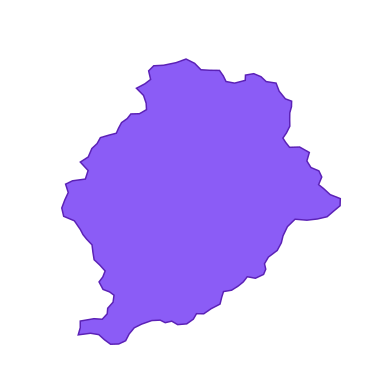 Simão Pereira, Minas Gerais, Brazil (Equal Earth projection), rotated 77°
{"feature_id": "56859067B55911598302165", "entity_name": "Simão Pereira", "entity_type": "district", "adm_level": 2, "iso_a3": "BRA", "parent_name": "Brazil", "parent_adm1": "Minas Gerais", "projection": "equal_earth", "projection_center": [-43.289, -21.963], "detail": "fine", "context": "isolated", "style": "filled", "palette": "violet", "viewbox_px": 384, "rotation_deg": 77, "n_neighbors": 0, "source": "geoboundaries", "source_scale": "gbopen_adm2", "svg_char_len": 1667}
<svg xmlns="http://www.w3.org/2000/svg" viewBox="0 0 384 384"><g transform="rotate(77 192 192)"><path d="M137.7,294.1L147.7,288.4L155.4,293.0L154.2,305.9L155.9,313.4L164.7,312.7L171.1,317.7L178.3,322.5L186.8,322.5L193.6,313.1L203.5,309.2L209.0,307.8L214.2,305.3L221.0,301.3L228.5,302.1L236.0,302.6L242.4,298.3L249.4,294.4L254.7,298.0L258.7,302.8L266.9,300.6L270.8,294.8L275.0,291.2L281.6,293.7L286.3,300.3L291.6,302.0L295.8,308.1L293.4,316.0L292.6,329.9L299.1,331.4L305.6,335.0L306.8,322.7L310.0,314.9L316.2,310.6L322.0,305.6L323.6,297.6L322.0,290.1L316.2,285.2L311.3,278.8L309.4,270.8L308.2,260.1L309.7,251.8L313.3,247.5L313.3,240.8L318.0,235.8L319.3,226.8L316.2,219.3L311.6,215.0L313.3,207.9L310.0,199.6L307.5,189.9L301.0,186.6L296.1,183.7L296.6,175.5L294.0,168.1L291.1,162.2L287.0,157.2L290.3,149.6L288.4,140.8L283.8,137.5L278.2,137.5L272.6,132.2L268.1,122.1L261.6,116.4L255.2,113.2L247.2,106.8L241.7,97.7L245.3,86.4L246.5,75.9L246.5,65.9L242.7,58.7L238.7,50.8L231.8,49.0L225.6,58.0L218.7,62.7L213.3,67.0L206.6,62.2L200.0,63.6L194.9,70.6L187.6,73.1L179.9,68.8L172.4,77.0L170.4,86.9L164.7,89.6L159.9,91.3L155.7,86.7L149.9,81.9L143.3,80.5L136.8,78.9L131.3,75.9L125.9,74.5L122.2,80.1L113.4,84.4L104.8,85.6L101.1,94.9L95.2,98.8L90.6,105.2L90.1,113.6L95.2,115.0L95.5,126.0L92.0,134.0L85.9,135.4L79.7,137.9L77.4,147.3L74.9,155.8L67.2,160.5L61.1,167.9L62.4,178.4L62.1,191.2L60.4,200.9L64.2,207.0L73.0,207.0L76.0,213.6L78.4,222.8L87.0,217.5L95.2,216.7L101.5,217.8L103.9,225.6L102.2,234.0L105.9,238.6L108.5,245.0L113.4,249.3L117.7,252.5L117.9,260.1L118.4,269.0L123.5,273.6L127.1,279.8L134.5,285.2L137.7,294.1Z" fill="#8b5cf6" stroke="#5b21b6" stroke-width="1.5"/></g></svg>